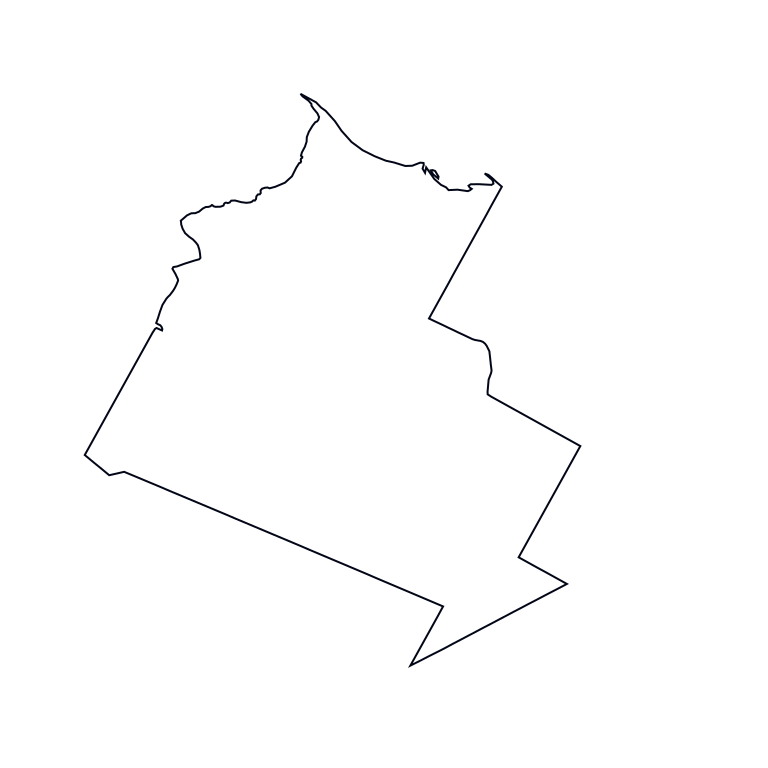 an SVG outline of Mauritania, rotated 119°
{"feature_id": "MRT", "entity_name": "Mauritania", "entity_type": "country or territory", "adm_level": 0, "iso_a3": "MRT", "parent_name": "Africa", "parent_adm1": "", "projection": "mercator", "projection_center": [-11.622, 21.016], "detail": "fine", "context": "isolated", "style": "outline", "palette": "ink", "viewbox_px": 768, "rotation_deg": 119, "n_neighbors": 0, "source": "natural_earth", "source_scale": "50m", "svg_char_len": 4019}
<svg xmlns="http://www.w3.org/2000/svg" viewBox="0 0 768 768"><g transform="rotate(119 384 384)"><path d="M333.0,638.4L332.1,638.1L328.1,635.3L326.1,631.9L322.9,629.3L318.5,627.6L315.6,625.7L314.3,623.5L312.7,622.0L310.9,621.3L310.8,620.5L311.2,619.4L310.8,617.4L308.2,613.0L305.8,610.9L303.7,611.2L302.5,610.7L301.8,609.7L301.5,608.3L300.1,607.0L297.7,606.5L295.7,603.2L294.2,597.1L292.3,592.3L289.9,588.9L288.2,587.7L287.0,587.4L286.5,586.9L286.2,585.9L284.3,585.6L281.7,586.6L279.4,586.2L278.3,584.6L276.7,584.4L274.6,585.8L272.4,585.4L270.0,583.2L268.6,581.1L268.3,578.9L264.1,574.6L255.9,568.2L247.0,565.2L237.4,565.6L232.0,565.3L230.8,564.3L229.6,564.4L228.4,565.5L227.1,565.8L225.8,565.2L224.9,565.6L224.6,567.3L221.2,568.1L214.7,568.2L209.5,569.2L205.5,571.2L199.9,572.0L192.6,571.7L188.3,571.0L186.8,569.8L184.7,569.5L182.0,570.2L179.6,573.4L177.4,579.1L175.7,582.4L174.3,583.2L172.8,587.4L171.9,594.6L170.7,597.7L170.6,579.9L172.7,573.2L173.4,567.4L177.9,554.4L183.2,543.8L188.1,529.7L189.9,516.0L189.3,502.5L187.8,490.6L185.4,482.6L183.0,471.1L179.4,465.1L172.9,459.7L171.5,456.6L173.0,455.5L176.9,454.7L179.4,450.5L174.1,452.1L180.3,439.4L182.2,430.7L181.9,425.1L183.1,421.5L178.4,413.9L174.7,404.2L172.8,402.7L170.8,401.9L170.7,404.2L169.6,406.2L167.3,405.0L163.3,398.0L157.7,386.5L155.7,385.4L154.0,386.9L153.0,388.4L151.1,398.0L150.5,394.2L151.3,389.7L152.7,384.2L154.3,376.6L159.2,376.6L167.9,376.6L176.7,376.6L185.4,376.5L194.2,376.5L202.9,376.5L211.7,376.5L220.4,376.5L229.2,376.5L237.9,376.5L246.7,376.5L255.4,376.5L264.2,376.4L272.9,376.4L281.7,376.4L290.4,376.4L299.1,376.4L304.9,376.4L304.6,371.0L304.3,366.6L303.9,360.8L303.6,355.0L303.2,349.2L302.9,343.8L302.5,338.3L302.2,333.3L301.9,328.6L301.4,325.9L299.6,320.6L299.2,318.0L299.7,315.2L300.9,312.6L304.3,307.7L309.5,304.0L315.5,299.8L320.0,296.5L322.3,295.7L329.5,294.6L335.1,292.1L340.5,289.7L342.8,288.3L343.1,283.8L343.1,278.8L343.1,273.1L343.1,267.4L343.1,261.7L343.1,256.0L343.1,250.3L343.1,244.6L343.1,238.9L343.1,233.2L343.1,227.5L343.1,221.7L343.1,216.0L343.1,210.3L343.1,204.5L343.1,198.7L343.1,193.0L343.1,187.2L343.1,182.2L348.8,182.2L355.9,182.2L363.0,182.2L370.1,182.2L377.2,182.2L384.3,182.2L391.4,182.2L398.5,182.2L405.6,182.2L412.7,182.2L419.9,182.2L427.0,182.2L434.1,182.2L441.2,182.2L448.3,182.2L455.4,182.2L462.5,182.2L470.3,182.2L470.3,177.3L470.3,170.4L470.3,160.8L470.2,151.2L470.2,142.7L470.2,134.2L470.2,127.1L477.4,131.8L484.6,136.6L491.7,141.3L498.9,146.0L506.1,150.8L513.3,155.5L520.4,160.2L527.6,164.9L534.8,169.6L542.0,174.3L549.1,179.0L556.3,183.7L563.5,188.4L570.7,193.1L577.8,197.8L585.0,202.4L591.0,206.4L600.2,212.7L608.9,218.5L617.5,224.4L604.1,224.4L586.3,224.4L574.1,224.4L561.6,224.4L549.9,224.5L550.9,234.0L552.0,244.5L553.1,254.9L554.2,265.3L555.3,275.7L556.4,286.0L557.5,296.4L558.5,306.7L559.6,317.0L560.7,327.3L561.8,337.5L562.9,347.8L564.0,358.0L565.1,368.2L566.1,378.4L567.2,388.6L568.3,398.7L569.4,408.8L570.5,419.0L571.6,429.1L572.7,439.2L573.8,449.2L574.8,459.3L575.9,469.3L577.0,479.4L578.1,489.4L579.2,499.4L580.3,509.4L581.4,519.3L582.4,529.3L583.5,539.2L584.6,549.2L585.7,559.1L586.8,568.7L591.3,573.7L597.0,580.1L595.3,589.0L593.4,599.6L591.2,611.3L583.1,611.3L575.3,611.3L567.6,611.3L559.8,611.3L552.0,611.3L544.2,611.3L536.4,611.3L528.7,611.3L520.9,611.3L513.1,611.3L505.3,611.3L497.5,611.3L489.8,611.3L482.0,611.3L474.2,611.3L466.4,611.3L458.6,611.3L451.4,611.3L446.9,611.0L445.3,610.1L444.8,604.1L443.4,604.5L441.9,606.2L441.1,608.1L441.3,610.6L441.1,612.8L436.1,613.6L429.3,615.0L422.2,616.1L415.0,615.7L412.6,615.2L410.0,614.4L404.3,613.6L401.2,613.5L397.6,613.7L393.4,614.2L392.1,615.3L388.9,619.7L385.8,624.9L383.8,624.9L381.6,622.1L375.4,616.7L367.9,609.6L364.5,606.1L362.7,605.7L359.1,608.2L356.1,610.6L352.8,614.1L351.4,617.3L350.2,621.2L349.7,625.8L348.5,631.1L345.9,635.3L342.9,638.6L340.6,640.1L339.7,640.9L333.0,638.4ZM176.8,442.7L174.4,446.6L173.3,445.1L172.9,442.5L175.1,438.8L176.1,436.9L178.0,436.2L176.8,442.7Z" fill="none" stroke="#020617" stroke-width="2"/></g></svg>